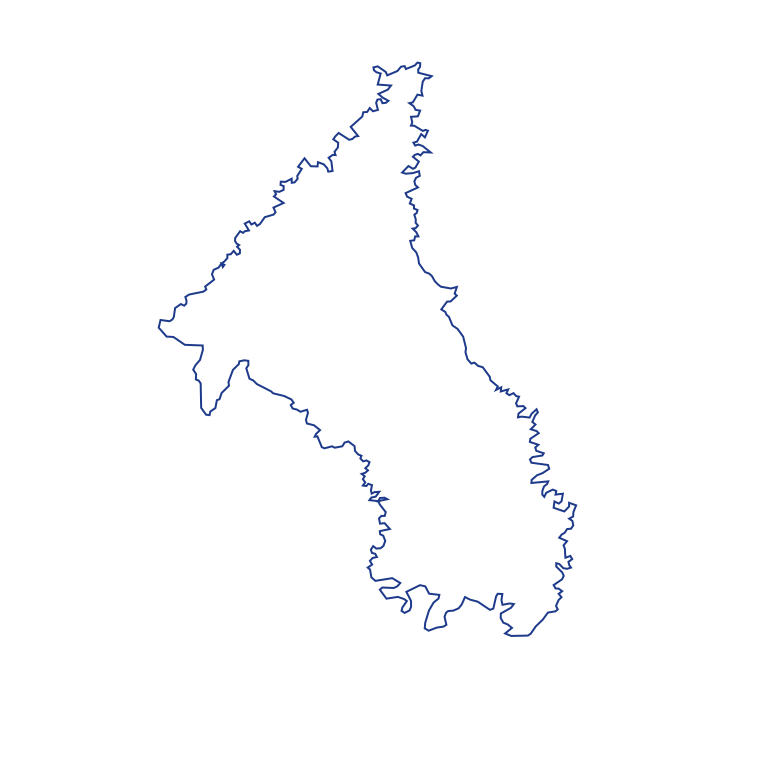 Guaraniaçu, Paraná, Brazil (Mercator projection), rotated 154°
{"feature_id": "56859067B51111314170692", "entity_name": "Guaraniaçu", "entity_type": "district", "adm_level": 2, "iso_a3": "BRA", "parent_name": "Brazil", "parent_adm1": "Paraná", "projection": "mercator", "projection_center": [-52.873, -25.047], "detail": "fine", "context": "isolated", "style": "outline", "palette": "blue", "viewbox_px": 768, "rotation_deg": 154, "n_neighbors": 0, "source": "geoboundaries", "source_scale": "gbopen_adm2", "svg_char_len": 6165}
<svg xmlns="http://www.w3.org/2000/svg" viewBox="0 0 768 768"><g transform="rotate(154 384 384)"><path d="M380.1,101.8L365.0,94.8L361.7,95.2L353.9,99.6L344.6,102.6L336.9,106.7L329.4,104.5L326.6,105.3L326.7,109.1L321.8,113.3L317.9,114.6L319.0,118.8L314.7,119.7L316.8,123.6L319.4,125.0L319.7,128.9L309.6,130.4L306.6,132.7L306.4,136.5L309.2,144.4L307.7,147.4L305.4,145.4L303.6,139.9L300.4,137.6L296.4,137.0L296.9,140.0L296.2,143.3L291.6,144.1L291.9,147.8L297.1,148.3L293.7,156.6L293.3,160.3L288.4,162.5L293.9,169.0L290.1,170.9L287.0,171.0L282.9,173.4L279.4,171.9L275.8,174.0L274.7,178.4L276.6,181.8L272.1,182.0L269.8,186.0L264.5,190.7L269.7,196.1L271.4,192.7L277.8,190.4L285.8,198.4L282.3,203.7L279.3,199.9L275.9,200.7L271.3,207.0L278.3,209.4L276.1,212.3L278.6,215.1L285.9,215.1L289.4,212.3L290.2,215.3L288.6,218.4L285.2,221.7L281.1,222.7L279.1,224.5L294.9,230.4L293.3,233.1L286.5,234.9L280.5,234.4L272.7,235.4L272.1,239.3L286.0,248.6L285.9,252.2L282.5,253.2L273.0,250.3L270.8,251.7L276.4,257.2L275.9,260.6L271.9,261.7L278.3,268.0L276.5,270.6L266.5,272.0L267.4,274.7L271.9,279.0L265.6,281.2L267.3,284.9L261.9,289.5L258.1,291.1L258.0,294.4L264.5,292.5L267.8,290.0L274.7,294.4L278.2,295.3L276.1,298.4L267.4,300.3L268.4,303.0L274.0,305.5L273.8,308.7L268.2,313.4L270.5,315.2L271.6,319.0L276.2,319.0L278.0,322.0L274.8,324.7L282.3,326.1L280.1,329.6L285.9,329.6L282.8,331.9L286.7,340.7L285.8,344.1L287.9,355.8L291.5,359.0L293.3,363.5L296.6,364.1L298.1,369.6L296.8,377.0L294.6,380.1L292.1,391.8L293.7,401.2L296.8,406.7L296.2,415.8L297.5,419.0L297.3,421.9L299.8,425.9L291.2,430.4L288.0,429.0L279.8,431.5L280.9,434.2L276.0,439.3L282.0,440.5L290.2,446.5L291.9,449.9L293.3,454.3L293.6,460.0L295.0,463.4L298.0,466.6L299.7,476.9L297.8,482.9L297.3,488.1L299.0,493.9L297.7,501.2L293.9,499.9L291.3,503.0L288.4,501.6L288.4,506.2L290.1,511.1L287.3,510.2L284.0,511.5L284.9,515.1L283.3,517.9L282.5,522.9L279.6,523.4L277.6,525.7L280.2,528.6L278.7,531.3L281.7,534.9L278.0,538.3L281.1,542.3L280.9,546.1L267.3,545.8L268.6,549.1L267.9,552.8L264.8,555.3L260.6,555.4L259.3,559.9L265.6,560.9L272.3,563.5L275.0,566.1L266.5,569.2L263.6,564.7L261.0,564.7L255.2,568.6L258.4,575.6L255.8,576.4L252.7,576.0L251.0,573.5L247.0,575.1L240.5,571.6L244.9,580.9L248.0,584.1L251.5,584.7L251.7,588.0L248.1,587.4L241.0,592.3L239.1,587.7L233.5,592.4L235.4,594.2L238.1,594.4L243.6,602.9L246.5,604.4L243.9,606.7L242.6,612.3L236.2,609.7L231.7,613.9L235.4,616.5L235.6,620.8L238.1,625.3L234.6,624.5L227.1,629.4L223.0,626.3L222.0,631.0L216.7,638.7L213.1,640.8L209.7,639.1L206.2,639.8L216.7,648.7L215.4,651.7L212.6,653.2L210.8,656.5L213.1,658.2L216.7,656.8L226.2,657.5L226.1,660.7L229.6,661.7L234.8,659.4L245.8,660.0L245.6,663.7L250.4,672.2L254.7,673.2L255.5,670.5L254.2,667.6L250.9,664.5L258.4,655.9L246.9,649.2L251.5,646.9L261.9,647.2L259.6,641.9L255.9,636.6L259.0,635.9L262.3,637.1L262.1,641.4L265.2,642.5L267.8,640.2L269.3,633.0L274.4,634.0L275.8,638.3L279.8,635.9L283.5,637.3L286.3,633.9L301.2,629.7L298.6,618.2L301.7,619.1L304.9,618.1L308.2,618.7L314.7,629.5L319.0,628.0L322.3,626.2L319.4,620.9L321.8,616.8L326.7,614.4L327.2,611.0L329.6,612.4L334.6,611.6L333.7,607.2L336.9,598.0L341.0,599.3L340.4,602.7L341.8,607.8L346.1,612.3L348.4,608.7L354.3,611.8L356.5,621.7L366.0,616.9L363.6,613.4L370.8,609.0L371.7,606.3L376.0,604.4L378.7,605.3L377.0,609.0L383.8,608.8L388.1,611.1L389.7,608.3L387.4,605.8L389.2,602.5L393.8,602.6L397.8,605.3L397.8,601.9L400.7,600.8L394.9,590.7L406.0,591.0L406.2,585.9L409.0,584.7L418.0,586.2L425.3,582.2L428.8,581.8L429.4,585.6L433.3,585.5L433.8,589.3L438.8,589.2L438.1,581.2L441.9,582.3L444.5,581.7L446.3,584.4L453.8,580.4L455.2,577.8L454.9,574.8L453.3,572.4L455.9,571.8L454.6,567.8L456.3,564.6L459.6,564.7L460.7,569.6L464.8,567.8L468.1,568.9L469.6,565.8L473.8,564.1L477.3,563.5L481.7,561.1L487.0,561.3L490.5,558.1L490.9,552.3L502.0,550.0L502.3,546.8L505.9,546.2L519.8,549.8L524.4,549.3L525.0,545.4L526.5,542.9L529.3,542.0L531.5,544.9L538.5,543.8L543.5,536.4L545.8,534.8L549.2,534.4L556.8,539.5L561.8,533.4L558.6,521.9L552.7,518.6L545.8,506.5L530.1,498.1L531.8,494.1L538.8,486.3L545.3,483.5L549.2,480.5L548.5,475.4L551.1,470.5L549.1,468.3L548.5,464.9L558.8,442.7L557.4,434.4L554.4,432.5L552.2,435.4L546.1,436.3L541.3,442.7L538.5,442.4L533.9,447.1L524.1,450.4L522.9,454.0L513.6,462.9L505.8,465.5L504.1,467.8L499.1,466.5L495.8,464.3L497.6,460.4L500.9,458.5L502.6,447.7L500.0,444.6L498.3,439.7L488.8,427.0L487.6,424.1L479.0,417.0L474.0,410.7L473.4,406.7L477.0,406.0L476.9,402.1L473.4,399.1L471.3,395.7L464.5,394.6L464.9,391.5L469.9,385.9L470.6,382.3L465.0,377.6L461.7,370.6L467.0,368.9L469.4,367.0L466.8,366.1L467.6,354.5L465.7,352.3L458.1,350.8L456.1,348.3L448.8,346.3L445.1,348.6L441.2,348.0L437.7,341.1L439.4,336.5L438.1,332.0L435.7,329.4L437.9,327.4L436.6,323.6L433.3,323.0L431.3,320.1L433.7,317.8L437.7,316.5L436.3,313.3L440.0,312.4L443.5,313.0L441.8,309.5L444.7,307.7L444.0,303.8L447.5,302.0L444.6,300.0L441.9,301.2L439.1,298.4L442.4,294.1L443.1,290.9L440.0,291.0L435.5,289.2L440.9,286.4L445.2,287.5L448.0,286.0L440.5,281.2L440.6,277.5L438.6,268.1L441.2,265.1L444.2,266.6L447.4,265.4L448.8,260.2L444.5,258.7L442.3,251.1L452.3,253.6L453.3,250.6L451.2,248.0L451.6,242.5L455.5,238.7L459.0,237.9L463.0,239.4L464.8,243.0L468.4,240.9L468.9,237.5L466.3,235.2L466.2,231.6L470.5,232.6L474.2,231.2L473.8,226.9L479.1,226.1L477.9,223.4L480.1,215.7L478.0,210.8L461.7,205.9L456.6,198.0L460.8,196.3L464.7,196.4L474.7,201.8L477.9,201.0L475.9,190.0L464.9,186.6L460.2,181.9L458.6,178.9L465.4,175.1L467.7,172.4L465.8,169.2L460.3,169.3L457.3,171.9L454.8,177.3L455.0,187.4L439.8,187.4L435.6,184.0L435.4,175.8L426.7,170.2L429.0,167.3L435.3,165.8L442.9,160.7L451.7,151.2L454.5,146.5L452.0,142.7L443.3,141.9L437.0,139.9L433.5,140.2L431.6,148.3L428.5,151.2L425.8,151.8L421.0,149.9L415.1,149.7L410.6,151.9L404.6,157.0L401.2,152.5L395.2,147.3L387.8,134.6L384.2,134.2L376.4,143.9L373.8,145.6L369.7,143.4L373.2,138.2L374.3,133.6L367.3,131.7L363.8,129.3L367.9,127.2L379.6,126.5L381.7,122.5L381.4,117.2L378.2,113.6L375.9,108.7L384.5,106.7L380.1,101.8ZM440.5,281.2L437.6,283.3L433.4,281.6L431.5,279.0L440.5,281.2ZM477.3,563.5L475.2,561.1L477.6,559.8L477.3,563.5Z" fill="none" stroke="#1e3a8a" stroke-width="2"/></g></svg>